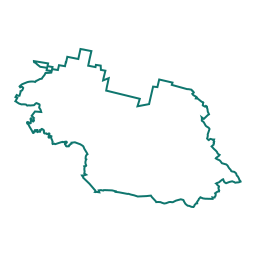 the district of Beltiug, Satu Mare, Romania
{"feature_id": "2599482B21797114471165", "entity_name": "Beltiug", "entity_type": "district", "adm_level": 2, "iso_a3": "ROU", "parent_name": "Romania", "parent_adm1": "Satu Mare", "projection": "natural_earth1", "projection_center": [22.838, 47.568], "detail": "fine", "context": "isolated", "style": "outline", "palette": "teal", "viewbox_px": 256, "rotation_deg": 0, "n_neighbors": 0, "source": "geoboundaries", "source_scale": "gbopen_adm2", "svg_char_len": 5675}
<svg xmlns="http://www.w3.org/2000/svg" viewBox="0 0 256 256"><path d="M193.5,207.0L194.2,206.1L194.6,205.0L195.4,204.2L195.8,203.5L197.2,203.3L197.1,201.9L197.3,201.6L198.6,199.8L198.9,198.9L200.0,197.9L200.4,197.3L203.0,198.4L205.2,198.7L212.6,198.9L212.6,197.8L212.5,197.4L213.3,197.6L214.6,197.5L214.8,196.8L215.5,195.9L215.7,194.8L215.6,194.2L215.1,193.3L216.3,192.6L216.4,192.3L216.8,192.1L217.6,191.6L219.0,191.4L218.9,190.3L219.1,190.2L218.8,189.5L218.4,187.9L218.9,187.1L219.0,186.4L217.3,184.9L216.6,183.8L216.1,183.5L216.7,183.1L218.5,182.5L219.6,181.9L220.1,181.3L222.5,179.5L223.2,179.3L224.0,181.6L224.9,182.5L226.1,183.2L229.6,181.9L232.2,181.3L234.3,182.1L235.0,182.6L235.4,182.7L236.6,182.5L238.8,182.3L240.6,181.6L240.5,181.2L239.3,179.9L239.3,179.6L238.9,178.5L237.8,176.4L237.0,175.8L236.7,175.3L236.1,173.4L234.4,171.9L231.9,171.4L231.2,171.0L230.5,169.6L229.7,168.9L228.7,167.6L227.7,165.8L226.6,164.6L226.8,164.6L221.9,163.2L220.4,161.1L219.8,160.5L219.0,160.0L217.5,159.4L215.8,158.4L216.1,157.9L218.9,155.8L219.6,154.9L218.4,154.2L217.7,153.4L217.3,152.9L217.1,152.1L215.8,150.6L213.9,148.9L211.6,146.4L213.5,144.8L213.5,144.5L213.7,144.3L213.8,143.4L213.7,143.1L214.0,143.0L214.0,142.7L213.8,142.4L214.2,141.6L213.5,140.7L213.9,140.2L214.1,139.5L212.6,139.5L210.5,138.9L209.7,139.3L208.8,140.1L207.8,139.4L207.1,138.5L207.5,137.4L207.8,135.8L207.7,134.4L209.5,129.1L209.4,128.7L208.6,127.7L206.5,126.4L205.7,125.7L203.8,122.3L203.1,121.6L201.9,120.8L201.8,120.5L201.9,119.2L201.9,118.5L202.0,118.0L201.8,117.4L203.8,118.9L207.8,115.1L209.0,114.3L207.8,111.7L207.5,109.6L207.5,109.1L207.1,108.3L207.0,106.8L206.8,106.5L205.9,105.9L205.1,106.7L203.8,106.0L203.7,105.9L202.8,105.4L203.1,102.9L203.3,102.6L203.0,102.2L201.7,101.8L197.7,98.6L195.8,98.4L196.2,97.4L196.7,97.5L196.8,97.4L196.7,97.3L196.4,96.9L193.4,95.2L192.5,94.2L192.3,93.8L193.5,92.9L193.8,92.4L193.0,91.3L192.3,90.9L192.3,90.7L191.4,89.7L188.8,89.2L187.0,89.1L171.8,84.9L172.5,82.6L159.2,79.5L157.4,87.1L153.1,86.6L149.6,101.7L149.1,104.1L137.5,106.3L139.8,98.8L106.2,90.6L106.9,86.7L107.7,83.1L108.7,78.2L103.1,80.4L103.5,78.3L105.4,70.7L100.9,69.9L100.7,65.6L95.9,64.9L95.5,67.1L88.2,65.7L89.5,59.4L91.4,51.1L80.5,49.0L78.3,59.0L67.3,56.8L66.1,62.3L65.8,62.2L65.0,66.2L59.0,65.2L57.9,70.0L52.1,69.1L52.5,67.0L47.5,66.2L48.1,63.4L33.9,61.1L33.9,61.4L34.0,62.0L34.2,62.3L35.5,62.8L37.3,64.5L40.2,66.8L47.1,67.8L46.6,70.3L51.7,71.0L51.3,72.6L49.5,72.8L45.5,73.0L44.5,75.0L42.4,77.6L41.8,78.7L40.0,79.0L38.1,80.0L37.0,80.6L36.2,80.8L36.0,81.2L35.1,82.0L34.1,81.6L31.6,81.5L29.3,81.7L27.4,82.1L22.2,84.2L20.5,85.5L19.6,86.4L20.2,87.3L21.5,86.8L22.4,87.0L23.2,87.9L23.1,88.4L22.2,90.3L20.3,91.3L19.7,91.4L20.7,91.6L19.5,95.7L18.3,95.8L16.7,95.0L15.5,97.1L17.3,97.9L15.4,101.3L16.5,101.8L16.7,102.1L19.1,103.6L21.5,104.4L23.7,104.3L25.8,104.5L26.4,104.8L27.0,105.5L27.5,105.6L28.9,105.3L30.0,105.5L33.9,105.2L34.5,104.8L35.3,103.8L36.2,103.2L36.5,103.1L36.9,103.2L37.3,103.6L38.6,103.9L39.0,104.2L39.4,104.4L39.6,104.8L39.6,105.5L39.2,107.2L39.2,107.7L40.3,109.3L40.6,109.9L41.2,112.0L35.0,111.5L31.7,115.8L33.8,117.9L33.5,118.1L33.5,118.3L33.5,118.9L34.0,120.4L33.8,120.9L33.2,121.5L32.7,121.3L32.2,120.6L31.5,119.8L31.3,119.5L31.3,118.5L31.2,118.3L30.9,118.3L30.6,118.6L30.5,119.0L30.6,119.5L30.9,120.3L31.0,120.9L30.7,121.7L30.8,122.9L30.7,123.1L30.2,123.3L29.5,123.2L28.7,122.5L27.9,122.0L27.3,122.1L27.0,122.6L27.0,122.9L27.5,123.8L28.3,124.3L28.5,124.6L29.7,127.0L31.7,130.3L33.0,132.9L33.4,133.0L33.6,132.9L33.6,132.6L33.2,132.2L33.4,131.7L34.4,131.9L34.8,131.7L34.6,131.0L35.1,130.7L35.1,130.1L35.4,130.1L35.6,130.7L35.8,130.8L36.8,130.0L37.4,130.0L37.5,130.2L37.4,130.5L36.4,130.8L36.3,131.1L36.7,131.4L37.1,131.8L37.6,132.1L37.8,132.0L38.1,131.5L38.2,131.4L40.0,131.8L40.1,131.7L39.8,131.2L40.3,130.6L40.1,130.1L40.9,130.0L41.3,129.8L41.5,129.0L41.9,128.9L42.7,129.4L43.5,129.8L43.6,130.3L43.9,130.7L43.7,131.0L44.1,131.9L43.9,132.6L44.0,132.9L44.5,133.4L44.9,133.5L46.4,133.4L46.6,133.5L46.8,134.0L47.3,134.2L48.0,134.1L49.0,133.4L49.4,133.6L49.4,134.0L49.0,134.7L48.9,135.0L49.0,135.2L49.4,135.4L49.4,135.7L49.1,136.2L48.7,136.5L48.5,136.9L48.6,137.4L48.8,137.6L49.1,137.7L49.6,137.5L50.1,136.6L50.8,136.0L51.4,136.3L51.2,136.8L51.2,137.7L51.6,139.2L52.2,140.3L52.3,141.1L52.6,141.5L52.6,142.1L52.4,143.1L52.7,144.0L54.4,143.7L55.0,144.1L55.4,144.1L61.2,142.2L62.6,141.9L62.8,142.1L63.4,142.1L66.1,141.6L66.6,141.8L66.8,142.3L66.8,142.5L66.2,143.0L64.9,143.1L65.1,143.8L65.0,144.4L65.7,145.0L66.1,146.1L66.6,146.4L68.8,146.3L69.1,145.8L69.0,145.4L69.4,145.2L69.9,144.9L70.3,144.1L71.5,143.7L71.6,143.3L71.5,142.7L74.9,142.3L80.3,144.3L82.7,145.8L83.4,146.5L84.3,148.7L86.9,153.0L87.5,154.2L86.7,154.8L86.4,155.1L86.0,155.9L85.7,156.9L85.6,158.8L86.3,159.3L86.0,159.7L85.5,161.4L85.4,162.6L85.5,163.7L86.1,165.2L86.2,165.5L86.0,165.9L84.2,166.3L84.6,167.3L84.3,168.9L84.4,170.2L84.6,170.9L84.6,171.7L84.3,173.4L86.1,174.7L84.0,175.4L82.0,175.5L82.3,176.0L82.7,176.4L83.2,177.2L83.2,177.7L83.3,177.8L89.4,183.7L93.6,188.6L94.5,189.7L94.9,190.0L95.4,190.7L95.3,191.6L95.0,192.0L95.5,192.1L96.4,191.9L99.3,192.3L98.7,190.4L101.0,190.1L102.2,190.4L103.4,190.5L103.8,190.1L104.5,190.1L112.1,190.4L115.8,191.3L115.6,191.9L119.0,192.3L127.4,193.9L128.4,193.8L131.0,194.6L134.1,195.3L137.7,196.5L146.3,196.1L150.9,195.6L151.8,197.0L155.8,201.3L156.2,202.1L158.1,202.0L160.4,202.1L162.3,202.9L164.2,203.5L166.1,203.2L169.0,202.1L169.9,202.0L170.9,202.0L171.8,202.2L172.8,202.2L176.0,200.6L180.8,199.3L183.1,199.9L183.5,200.2L183.7,200.5L183.8,201.1L185.4,203.8L186.5,204.8L187.7,205.7L189.3,205.9L191.1,206.7L191.9,206.9L193.5,207.0Z" fill="none" stroke="#0f766e" stroke-width="2"/></svg>